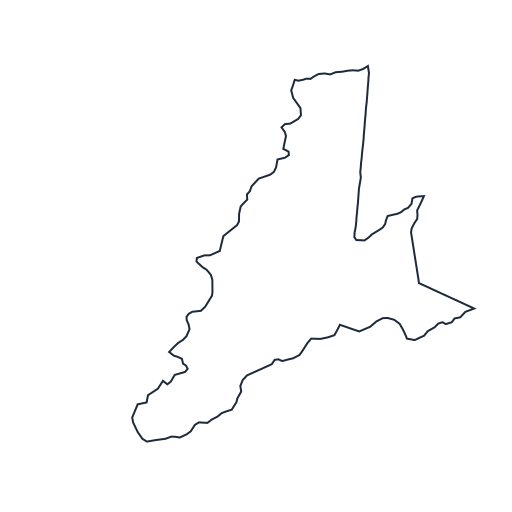 the district of Augustinópolis, Tocantins, Brazil, rotated 65°
{"feature_id": "56859067B65363701866264", "entity_name": "Augustinópolis", "entity_type": "district", "adm_level": 2, "iso_a3": "BRA", "parent_name": "Brazil", "parent_adm1": "Tocantins", "projection": "robinson", "projection_center": [-47.935, -5.523], "detail": "fine", "context": "isolated", "style": "outline", "palette": "slate", "viewbox_px": 512, "rotation_deg": 65, "n_neighbors": 0, "source": "geoboundaries", "source_scale": "gbopen_adm2", "svg_char_len": 2741}
<svg xmlns="http://www.w3.org/2000/svg" viewBox="0 0 512 512"><g transform="rotate(65 256 256)"><path d="M383.4,415.3L383.9,409.2L385.5,405.9L388.3,401.8L388.3,394.2L387.3,389.2L383.2,382.7L382.7,378.0L386.7,370.6L385.5,365.0L385.3,358.8L383.9,353.5L384.3,348.4L385.0,342.9L380.2,335.5L377.2,333.1L372.6,326.7L367.1,325.1L362.7,320.3L360.4,314.5L360.6,299.2L360.7,287.4L358.0,283.0L359.1,279.4L362.3,276.6L363.5,269.8L364.4,265.7L364.1,258.3L360.8,252.7L356.7,246.3L354.2,240.9L358.3,232.8L360.1,225.3L360.9,218.4L357.1,213.2L353.8,209.0L361.8,200.8L368.0,194.3L368.4,182.4L366.2,174.6L365.9,167.3L367.8,162.9L372.2,157.7L378.1,154.5L384.8,153.9L390.6,153.9L394.7,154.1L399.3,147.6L399.2,141.6L399.3,137.4L396.7,132.1L396.1,124.2L394.3,119.6L394.8,115.0L397.9,112.8L398.8,106.6L396.5,102.4L397.9,96.9L395.1,89.9L395.8,80.5L349.4,119.8L345.7,118.6L300.1,105.5L296.7,103.2L293.1,98.5L290.6,94.3L287.1,92.3L282.8,90.7L279.6,86.7L276.4,82.8L272.7,78.5L271.2,82.3L269.9,85.9L269.9,89.9L274.5,93.1L276.6,97.8L276.5,102.0L277.6,106.0L277.5,110.1L276.4,114.8L275.4,119.8L278.9,123.4L281.6,125.4L283.8,129.2L284.5,133.6L284.9,137.5L285.4,141.8L286.9,146.3L287.7,151.2L285.8,154.7L284.0,158.3L280.5,158.9L276.4,156.7L272.0,153.5L266.9,150.4L263.5,148.6L259.0,145.9L254.3,143.2L250.3,140.8L238.4,134.2L229.2,127.8L224.3,126.2L220.6,124.0L216.0,121.4L211.8,118.8L207.6,116.4L204.6,114.6L200.6,112.1L195.2,108.9L191.6,107.0L187.5,104.6L184.5,102.9L179.3,100.0L174.4,97.1L168.9,94.1L163.4,90.7L156.7,86.9L149.5,82.9L145.4,80.5L142.3,78.9L138.0,76.3L131.1,74.3L131.8,79.9L131.3,84.9L128.5,90.0L126.8,94.7L125.4,100.0L123.1,106.1L122.8,112.0L119.6,116.6L117.5,122.4L117.8,127.6L118.5,131.8L116.6,135.3L116.1,139.2L115.0,143.6L112.7,146.4L117.0,150.4L120.8,154.1L124.1,154.7L128.4,155.5L140.8,153.2L147.5,155.8L149.6,159.9L150.5,168.9L148.7,174.1L150.2,178.5L155.7,177.5L159.9,178.1L164.7,181.7L170.5,186.0L175.1,182.4L178.4,183.5L179.2,188.2L177.6,195.7L184.1,200.3L187.3,204.2L188.3,208.6L187.0,220.8L191.0,230.6L194.7,234.2L196.3,238.2L201.2,240.1L203.1,245.3L204.6,248.9L210.6,253.5L217.6,256.9L220.0,260.1L224.2,277.2L236.1,286.7L235.9,297.4L233.6,302.6L232.8,310.4L235.9,312.3L243.7,309.1L247.3,306.7L251.0,305.6L254.1,304.9L259.1,305.6L270.5,310.8L273.4,312.7L280.5,323.5L282.4,329.1L279.6,337.4L280.0,341.5L281.8,344.7L284.9,345.9L289.3,346.0L294.2,347.1L299.3,352.9L301.2,357.8L301.9,363.4L303.8,369.0L306.3,375.3L311.9,372.4L314.1,369.8L317.8,366.6L322.8,367.6L325.6,365.8L329.3,365.6L331.1,369.2L329.4,379.9L333.9,386.4L334.8,390.6L329.8,393.1L334.8,401.0L336.5,412.7L342.5,417.1L340.4,425.9L350.1,436.5L355.1,437.7L359.9,437.7L365.7,437.6L373.7,436.2L378.1,433.3L380.5,424.5L383.4,415.3Z" fill="none" stroke="#1e293b" stroke-width="2"/></g></svg>